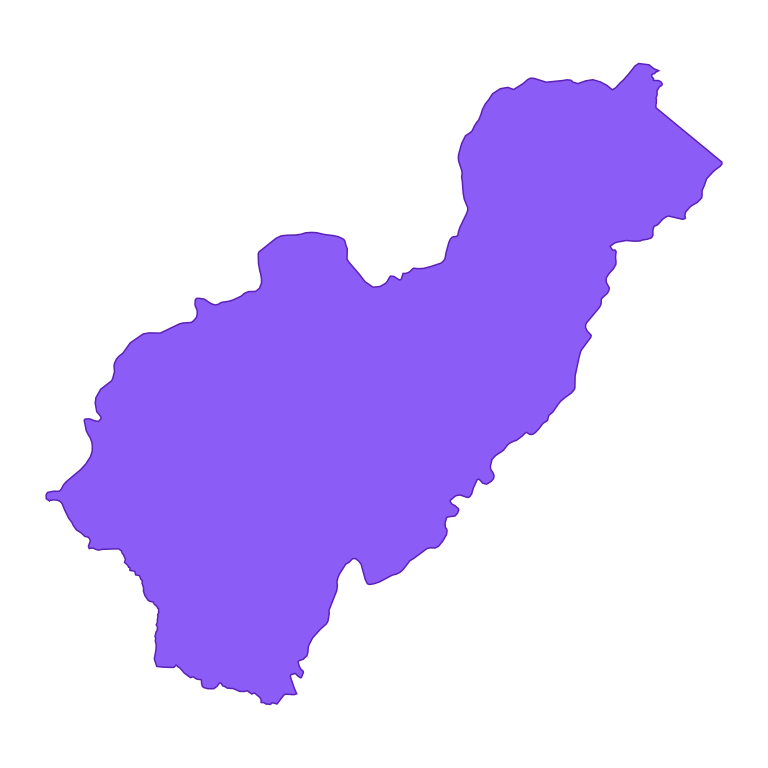 outline of Altamira, Huila, Colombia
{"feature_id": "7082276B22050163903058", "entity_name": "Altamira", "entity_type": "district", "adm_level": 2, "iso_a3": "COL", "parent_name": "Colombia", "parent_adm1": "Huila", "projection": "albers", "projection_center": [-75.778, 2.079], "detail": "fine", "context": "isolated", "style": "filled", "palette": "violet", "viewbox_px": 768, "rotation_deg": 0, "n_neighbors": 0, "source": "geoboundaries", "source_scale": "gbopen_adm2", "svg_char_len": 6019}
<svg xmlns="http://www.w3.org/2000/svg" viewBox="0 0 768 768"><path d="M507.8,87.4L500.3,88.7L492.5,93.8L488.6,99.9L485.4,103.8L482.4,109.6L480.8,114.9L478.6,120.2L477.2,121.7L474.4,126.0L472.1,130.9L470.4,132.5L465.5,135.7L461.6,143.6L458.6,154.6L458.3,157.4L458.6,161.0L461.9,171.0L462.1,173.1L461.6,177.6L462.2,180.1L463.2,193.3L464.3,199.3L467.7,207.6L467.7,210.1L466.9,212.8L459.9,227.4L458.4,232.0L457.9,235.1L456.5,236.5L453.5,236.7L452.0,237.3L450.4,239.1L449.0,242.0L446.3,251.7L444.9,259.0L443.6,260.9L440.9,263.2L429.8,266.8L423.5,268.4L418.2,268.7L413.9,268.2L412.5,268.9L409.8,271.7L407.7,272.8L405.1,273.5L403.1,273.4L401.3,279.1L400.3,279.8L399.2,279.9L393.8,276.4L390.5,276.1L389.3,277.6L387.3,281.3L385.6,283.3L380.0,286.5L373.1,287.2L365.1,281.8L358.9,273.8L349.3,262.6L347.0,259.3L347.3,248.8L345.8,244.9L344.8,240.8L343.6,239.3L340.9,237.8L338.0,236.6L333.3,235.6L325.0,234.6L316.6,232.7L311.6,232.4L305.7,232.8L300.7,234.3L295.7,235.0L287.1,235.2L281.0,235.9L275.9,238.4L259.0,251.9L258.2,254.0L258.5,263.3L259.9,271.5L260.7,273.7L261.5,279.4L261.5,283.0L259.5,288.2L256.9,290.5L255.3,291.4L248.5,291.6L244.6,293.2L241.1,296.2L233.2,299.9L229.1,301.2L221.1,302.5L218.7,304.1L215.7,305.0L212.4,304.2L209.7,302.8L204.3,299.1L199.0,298.3L196.4,298.4L195.2,300.1L195.0,305.1L197.2,310.7L197.2,314.5L196.4,317.4L193.8,320.5L191.5,322.4L182.9,323.0L179.4,323.9L160.3,333.1L149.3,332.9L143.3,333.9L130.3,342.8L122.8,353.3L119.1,356.1L116.6,358.8L114.5,363.3L114.0,365.8L114.5,371.6L112.7,378.5L111.5,380.9L100.7,389.2L95.9,397.7L95.2,403.1L96.7,411.6L100.9,416.7L101.1,418.6L98.5,421.4L94.5,420.8L91.3,419.4L88.7,418.8L85.1,419.1L84.2,420.2L86.2,430.6L88.8,435.7L90.0,437.3L91.9,442.3L92.3,446.1L92.2,451.1L90.5,456.6L86.0,463.7L81.0,469.3L66.5,481.5L63.6,484.7L61.2,489.3L59.7,490.8L58.5,491.3L53.7,491.2L47.8,492.4L46.9,493.3L46.1,494.9L46.2,498.6L49.5,501.0L50.1,500.2L51.6,500.4L53.1,499.8L57.1,500.2L59.4,501.0L61.3,502.5L62.2,503.9L64.6,509.8L68.7,518.3L71.8,522.3L73.4,525.7L76.3,529.8L81.4,533.1L84.7,536.3L88.3,537.2L89.7,539.0L90.3,541.0L88.4,546.2L89.2,548.6L90.3,548.2L93.3,548.1L95.2,549.2L98.4,550.1L102.8,549.3L118.6,548.8L121.3,550.8L122.3,553.5L123.5,554.9L125.4,559.2L124.6,562.5L127.6,565.1L128.7,567.3L129.6,567.6L130.1,568.3L129.8,570.0L130.3,570.6L133.5,570.9L134.8,571.4L135.6,574.9L139.4,575.6L141.0,579.5L142.4,580.7L142.0,583.1L143.5,587.4L143.5,591.4L144.9,595.6L148.0,600.2L149.8,601.3L153.0,602.0L154.5,604.4L157.0,606.5L157.6,608.1L158.5,608.6L158.7,612.5L157.6,615.0L157.9,617.3L157.3,619.7L157.4,621.2L157.2,622.8L156.2,624.9L157.4,626.8L157.4,629.7L155.9,632.3L155.0,636.7L155.7,638.0L155.3,641.1L156.2,644.6L156.0,649.7L154.3,658.9L156.7,666.4L162.3,667.1L173.2,667.5L174.2,667.1L175.9,665.2L176.5,665.3L177.8,666.7L180.3,668.3L184.3,673.1L190.0,677.3L190.7,677.7L192.1,677.0L193.7,677.0L195.2,678.3L197.4,679.3L200.9,679.6L201.4,680.4L201.6,683.8L202.4,686.3L203.4,687.4L207.7,688.7L213.7,688.7L216.9,686.5L219.5,683.0L220.8,682.9L222.7,685.8L225.2,686.8L227.2,688.1L233.4,688.6L239.6,691.4L244.0,691.5L247.4,690.8L251.7,694.0L254.5,693.0L259.8,697.4L261.0,699.4L261.2,702.6L263.7,702.6L266.2,704.1L268.8,704.1L269.8,704.5L270.7,704.2L271.8,703.0L273.5,703.0L277.0,704.0L283.8,695.1L285.4,694.1L294.0,694.7L296.7,693.8L294.3,688.2L290.3,676.5L290.8,674.7L295.3,673.5L298.1,676.2L300.4,677.8L301.4,677.5L303.4,672.5L303.1,671.1L301.0,669.4L299.4,666.6L298.0,661.8L299.2,660.6L303.0,659.4L306.9,655.8L307.9,652.3L308.3,646.9L309.3,644.2L312.6,637.9L320.4,629.2L326.4,623.9L328.0,621.0L329.2,614.0L329.0,610.2L336.8,590.5L337.4,584.9L336.9,582.3L337.8,577.8L339.5,574.0L345.7,564.2L349.3,562.1L352.6,558.7L355.5,558.6L358.5,560.9L361.1,564.2L365.2,579.3L367.3,583.7L369.4,584.5L374.2,583.7L379.5,581.9L392.3,575.1L396.6,574.0L400.0,572.3L403.0,569.7L409.8,560.8L413.9,558.3L427.4,548.3L430.7,547.8L435.0,548.0L438.4,546.4L442.8,541.1L446.4,534.8L447.0,531.8L446.9,529.6L445.3,527.1L445.1,523.0L446.6,517.6L448.1,516.9L455.0,516.0L457.6,513.1L458.7,510.2L458.4,508.6L455.0,505.7L452.1,504.2L450.1,501.5L450.6,500.2L454.8,496.4L456.7,495.5L460.2,495.0L467.1,497.4L468.8,497.4L470.2,496.1L471.7,493.8L473.3,488.1L477.2,479.6L479.1,479.2L482.6,483.1L485.3,483.9L486.8,484.1L491.3,481.3L493.5,478.7L494.1,475.9L493.0,472.8L490.7,469.2L490.4,466.0L492.0,459.5L493.8,457.4L495.9,455.3L503.4,450.3L507.5,445.1L509.4,443.3L514.1,441.0L516.4,440.4L522.4,435.9L524.8,433.4L526.4,432.4L527.2,432.7L529.7,434.4L531.4,434.5L533.2,434.0L535.4,432.5L539.1,428.5L543.0,423.3L546.8,421.0L547.7,420.0L548.2,417.1L549.2,415.0L552.9,412.0L558.3,404.1L560.9,401.0L565.3,397.3L571.4,393.0L574.5,389.3L574.9,387.5L575.1,376.0L579.2,356.8L580.6,351.6L581.9,349.3L590.8,337.3L591.2,335.3L587.3,331.1L586.1,328.7L585.5,327.5L585.8,324.5L586.6,322.8L599.2,307.7L600.7,305.1L601.2,303.1L601.3,299.4L601.9,298.3L607.3,293.3L608.6,291.1L609.4,288.1L606.4,282.5L606.1,279.1L606.4,277.8L608.7,273.9L613.3,269.0L615.9,264.4L616.0,261.3L615.5,257.4L616.1,251.6L615.0,250.0L612.6,250.1L610.2,246.7L610.3,246.3L614.4,243.1L617.3,242.1L626.3,240.5L634.0,241.2L640.0,241.0L642.4,240.0L647.6,239.2L651.5,237.8L652.9,235.4L652.9,230.3L653.9,226.4L656.7,225.3L658.7,223.7L662.7,219.2L665.3,217.3L668.2,216.0L682.7,219.3L685.0,218.6L685.4,217.4L684.8,215.6L685.7,211.9L690.2,206.8L692.4,205.2L697.2,202.5L701.6,198.0L702.0,196.1L702.1,190.5L704.2,185.7L706.6,178.8L712.5,172.4L714.9,170.1L719.9,166.5L721.9,164.2L721.9,162.1L656.0,107.8L655.9,104.6L656.3,103.5L656.4,99.3L656.0,98.2L657.1,94.8L657.1,90.2L658.1,89.2L659.2,87.0L662.0,85.1L662.1,83.6L661.1,82.0L658.8,80.6L653.4,80.4L653.5,78.5L651.9,76.9L651.7,76.2L652.0,74.5L652.5,74.0L654.5,73.6L656.1,71.7L657.0,71.7L658.7,70.7L653.7,68.6L649.0,64.8L638.7,63.5L635.0,66.0L628.9,73.7L623.5,79.9L620.2,82.8L615.8,87.7L612.3,89.8L607.0,85.4L600.4,81.9L592.8,79.7L585.5,80.9L578.1,83.6L573.2,82.3L570.9,80.2L566.9,79.8L563.0,80.5L546.3,82.2L533.8,78.3L530.6,78.2L527.6,79.6L523.2,83.5L513.7,89.5L507.8,87.4Z" fill="#8b5cf6" stroke="#5b21b6" stroke-width="1.5"/></svg>